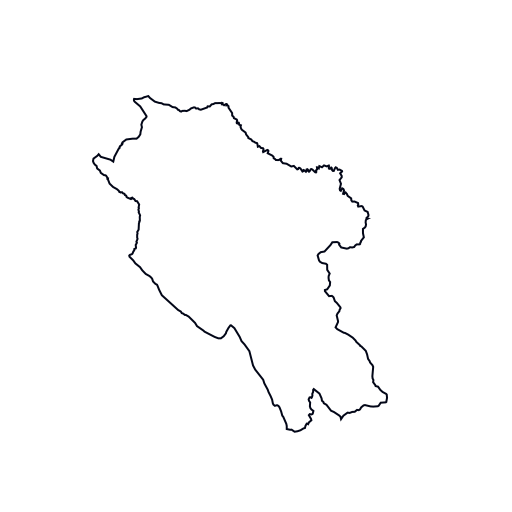 the district of Quipile, Cundinamarca, Colombia, rotated 307°
{"feature_id": "7082276B57635529739763", "entity_name": "Quipile", "entity_type": "district", "adm_level": 2, "iso_a3": "COL", "parent_name": "Colombia", "parent_adm1": "Cundinamarca", "projection": "orthographic", "projection_center": [-74.547, 4.71], "detail": "fine", "context": "isolated", "style": "outline", "palette": "ink", "viewbox_px": 512, "rotation_deg": 307, "n_neighbors": 0, "source": "geoboundaries", "source_scale": "gbopen_adm2", "svg_char_len": 6105}
<svg xmlns="http://www.w3.org/2000/svg" viewBox="0 0 512 512"><g transform="rotate(307 256 256)"><path d="M176.9,422.1L181.1,421.9L186.0,423.4L187.0,425.2L189.4,426.7L191.0,428.6L193.9,429.3L194.7,430.8L196.1,431.4L198.4,431.1L201.4,431.8L202.5,432.7L204.8,438.0L206.3,440.3L209.3,443.7L210.2,444.1L213.9,443.9L217.2,447.7L217.8,447.9L221.6,446.0L224.0,443.8L224.2,443.0L223.6,438.9L223.9,435.8L225.1,432.1L224.1,429.8L224.7,428.9L225.7,425.5L227.6,424.4L228.4,422.8L230.0,421.3L238.0,416.3L238.9,414.7L239.6,411.2L240.4,410.1L241.3,407.4L244.3,403.9L246.3,400.8L247.2,394.5L246.9,393.3L247.3,392.8L247.8,387.7L248.4,386.4L249.0,382.4L248.7,376.9L248.1,373.4L247.5,372.2L246.5,364.9L246.9,362.5L252.4,361.3L253.3,360.8L257.1,356.2L259.1,355.7L262.1,355.8L263.2,355.2L265.3,354.9L265.8,354.3L267.2,348.7L267.4,346.2L269.6,342.9L269.8,341.8L269.8,340.6L267.9,338.5L269.4,332.2L270.3,331.5L272.2,332.9L276.9,332.7L279.8,330.9L280.4,328.9L282.2,327.1L283.7,326.1L286.3,325.4L287.8,321.2L291.8,318.1L291.9,316.5L290.2,313.1L289.9,310.6L290.4,309.0L293.5,304.9L295.2,304.7L298.0,305.4L300.8,308.0L309.5,308.9L312.9,308.7L315.9,312.3L316.2,313.3L316.2,314.7L316.0,315.2L315.1,315.5L314.1,318.9L316.5,324.1L317.8,325.2L319.6,325.8L320.7,327.7L322.3,329.0L324.0,328.9L325.8,329.4L327.7,331.8L328.3,331.9L329.6,331.2L330.6,331.3L331.3,330.8L335.8,330.9L338.6,327.7L342.0,325.1L344.1,325.8L345.5,325.8L347.4,324.9L348.7,323.4L350.6,322.2L351.6,322.1L352.9,322.7L352.4,321.9L352.7,321.4L355.3,321.7L356.4,321.2L357.5,319.8L358.4,318.6L357.7,315.3L359.6,311.5L359.5,310.4L357.0,307.9L357.6,306.9L358.8,306.6L359.7,305.6L358.8,301.9L357.4,300.2L357.8,298.7L359.3,297.3L359.2,293.0L360.2,291.4L360.7,289.2L360.1,288.9L358.5,289.1L358.1,288.1L361.4,286.8L362.1,285.4L361.9,284.1L359.1,284.5L359.0,283.6L360.0,282.4L364.8,280.4L366.9,277.0L370.4,277.1L371.5,276.3L372.7,273.4L375.3,273.9L375.7,273.4L375.3,270.7L374.1,269.5L375.0,267.5L374.8,266.3L373.8,266.2L370.7,266.9L370.2,266.2L370.4,265.1L371.9,263.4L371.9,262.8L370.2,262.7L369.7,261.9L370.1,261.1L371.8,260.2L372.1,259.7L370.1,258.5L369.3,255.8L366.6,255.3L365.9,252.5L363.8,253.4L363.8,251.8L363.5,251.3L362.0,252.7L360.5,252.4L359.4,253.6L358.8,253.6L358.5,252.8L359.0,248.9L358.7,247.8L358.2,247.5L356.1,247.8L355.2,247.6L355.3,246.8L356.2,245.5L356.2,244.7L355.5,244.3L354.1,245.2L353.3,245.2L353.4,242.3L353.0,242.1L352.0,242.6L351.4,242.3L352.6,239.0L352.6,237.7L352.1,237.1L350.7,237.3L350.0,236.8L350.7,232.0L348.7,230.3L348.1,224.9L346.3,221.6L347.1,218.4L348.8,217.6L348.6,217.2L346.3,216.4L344.6,214.1L344.9,213.1L344.7,211.3L345.8,210.3L346.0,208.5L345.1,203.5L347.4,202.7L347.7,202.1L347.5,201.2L343.3,199.2L343.6,198.7L345.9,197.7L346.3,196.7L345.3,195.0L345.8,192.6L344.4,191.7L346.3,189.7L346.8,188.8L346.1,187.3L346.1,185.8L345.6,184.0L346.2,182.1L345.6,178.9L346.3,178.2L347.1,175.0L348.3,173.4L348.3,168.9L348.6,167.8L349.8,165.9L351.3,165.3L350.7,163.8L352.1,162.0L351.9,161.5L350.8,161.7L350.5,160.8L351.0,160.2L353.0,159.3L353.4,158.5L352.8,155.4L353.7,154.3L353.8,152.5L355.8,150.9L357.9,144.8L359.1,143.9L359.2,142.5L358.7,142.0L359.6,141.7L359.7,141.1L359.3,140.6L357.2,139.8L357.3,138.7L356.7,137.7L358.0,137.2L357.8,136.6L357.1,136.7L356.7,135.5L353.4,131.3L351.7,130.5L350.4,129.3L347.6,129.1L346.4,127.3L345.2,127.6L339.6,123.9L338.9,122.3L339.0,120.8L337.7,119.4L337.9,118.0L337.4,117.0L334.8,115.3L332.7,114.8L330.0,113.4L329.1,111.7L327.5,109.8L326.3,109.3L325.9,108.1L326.2,106.7L325.8,105.7L326.2,104.5L326.1,102.2L324.7,99.7L324.3,95.4L321.5,91.0L321.2,88.7L319.9,86.4L318.4,82.3L318.4,76.2L318.9,73.7L315.3,71.0L313.1,70.0L309.7,66.6L308.1,64.1L307.4,64.4L306.6,65.1L306.2,66.4L305.8,73.5L301.8,84.4L301.3,84.8L299.3,84.8L296.7,84.2L295.1,84.3L291.9,85.4L290.2,87.4L285.9,89.0L283.5,90.4L280.6,90.6L277.8,90.0L275.3,86.7L271.0,82.3L266.5,81.0L265.3,81.2L265.3,81.8L264.9,81.9L264.8,81.5L263.5,81.8L261.9,81.3L260.5,81.6L260.3,82.0L258.9,81.8L250.0,83.2L245.5,85.2L245.3,81.7L241.8,72.4L242.6,69.1L240.6,69.0L236.0,67.6L233.7,68.7L232.7,70.2L232.0,72.3L232.0,74.4L230.3,76.5L230.3,79.9L229.0,82.0L229.1,85.9L229.9,87.3L229.9,88.0L229.0,90.4L228.4,90.7L228.8,91.2L228.1,91.6L225.7,95.5L225.1,100.3L225.7,104.7L225.5,107.2L224.9,108.4L225.3,108.9L225.2,109.6L226.3,110.6L226.0,112.0L226.5,113.5L225.8,114.6L226.1,116.0L225.2,117.2L225.3,118.4L226.2,121.9L226.7,122.1L227.3,121.5L228.2,122.1L227.9,123.6L228.2,124.5L227.4,126.7L228.2,128.1L226.8,131.7L224.0,133.1L223.8,133.7L222.2,134.2L221.1,135.7L220.3,136.0L218.7,139.0L217.3,139.6L214.2,142.1L213.4,141.9L212.8,142.5L211.7,142.8L206.4,146.4L203.7,146.7L202.5,148.0L201.6,148.2L199.2,150.0L198.4,151.1L195.4,151.9L194.9,152.9L192.4,153.3L190.4,155.2L189.7,155.4L188.4,154.6L187.1,155.4L185.9,155.3L183.7,155.9L182.8,155.8L181.0,154.6L180.1,154.5L179.3,155.4L178.6,160.6L177.5,164.1L177.3,170.1L176.1,173.8L175.3,178.7L175.9,183.1L175.7,185.4L175.3,186.8L173.7,189.1L173.2,192.4L173.5,194.2L173.0,195.2L170.8,198.8L168.0,204.4L166.0,226.3L166.4,229.4L165.7,231.1L166.2,232.6L166.1,234.6L166.7,235.4L167.1,238.7L165.9,247.6L164.5,251.1L164.8,258.9L164.6,260.4L166.5,271.7L167.6,275.5L169.1,277.5L172.5,278.5L176.1,278.5L177.6,277.9L182.1,277.3L185.2,277.3L185.6,277.7L185.4,282.1L181.6,291.6L179.3,295.7L178.5,300.0L176.0,308.0L166.8,319.5L164.8,323.7L161.5,336.2L159.3,339.3L156.3,345.8L154.9,347.9L152.9,352.0L151.0,355.3L148.4,358.2L147.8,359.4L147.7,361.2L149.5,362.6L149.8,364.1L149.3,365.8L147.0,369.6L144.3,373.1L144.0,374.5L140.2,381.2L138.8,382.8L136.3,384.7L137.8,387.9L138.7,388.9L138.9,392.6L141.0,394.6L143.6,396.4L146.9,397.7L148.1,398.6L150.2,397.7L152.7,397.4L153.1,397.9L153.1,398.8L155.1,398.4L158.1,399.1L159.0,398.0L160.7,394.0L162.1,394.1L162.8,395.6L163.6,396.1L164.2,396.2L166.8,395.1L166.8,392.5L167.3,390.9L168.4,389.5L171.6,387.4L172.3,385.4L173.2,384.3L175.3,383.9L175.9,384.4L176.1,385.7L176.6,385.7L178.4,385.1L179.8,383.9L181.9,383.4L183.5,382.2L184.5,382.2L184.3,389.5L181.8,394.0L180.1,395.8L180.0,397.6L179.2,398.8L179.6,401.8L177.6,409.0L178.3,412.1L178.7,418.4L178.5,420.2L176.9,422.1Z" fill="none" stroke="#020617" stroke-width="2"/></g></svg>